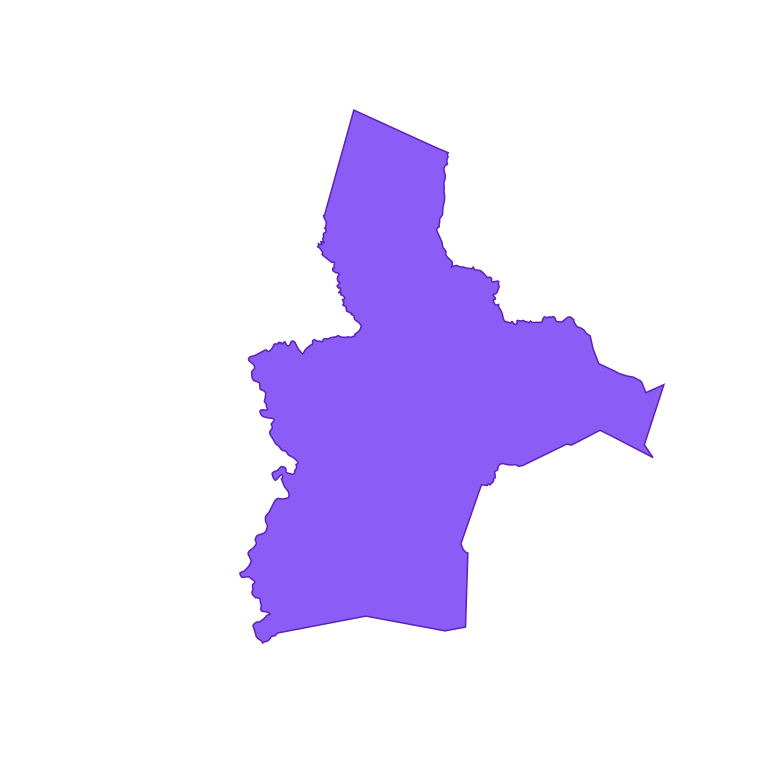 Esquias, Comayagua, Honduras, rotated 149°
{"feature_id": "27666195B47131670478697", "entity_name": "Esquias", "entity_type": "district", "adm_level": 2, "iso_a3": "HND", "parent_name": "Honduras", "parent_adm1": "Comayagua", "projection": "natural_earth1", "projection_center": [-87.395, 14.652], "detail": "fine", "context": "isolated", "style": "filled", "palette": "violet", "viewbox_px": 768, "rotation_deg": 149, "n_neighbors": 0, "source": "geoboundaries", "source_scale": "gbopen_adm2", "svg_char_len": 6171}
<svg xmlns="http://www.w3.org/2000/svg" viewBox="0 0 768 768"><g transform="rotate(149 384 384)"><path d="M268.8,634.3L348.3,559.1L349.1,559.5L349.8,557.0L349.9,553.3L350.6,551.5L353.4,548.3L354.7,548.2L354.7,547.8L354.2,546.5L355.9,543.8L357.6,544.3L358.4,544.1L358.9,543.5L360.2,540.9L361.5,540.4L362.4,538.1L362.5,536.1L362.8,536.1L364.2,538.3L364.7,538.5L365.3,537.8L365.3,535.4L367.0,536.4L368.0,538.0L368.6,536.5L370.1,535.9L370.0,535.1L369.2,534.2L368.7,528.0L370.2,527.3L370.3,526.4L366.3,515.4L365.8,514.9L364.0,514.5L363.9,514.0L364.4,512.8L366.0,511.1L366.8,509.3L368.4,509.5L369.5,507.4L368.1,504.4L366.1,502.7L365.9,501.2L368.1,500.1L369.9,498.2L370.7,495.3L369.7,494.0L369.7,493.4L373.8,492.2L373.7,489.7L372.2,489.2L372.1,488.9L372.8,487.0L375.8,485.6L375.5,485.2L373.8,484.7L375.0,482.7L373.8,481.0L373.0,478.4L374.4,477.3L376.2,477.7L376.5,476.5L376.2,474.6L378.6,472.9L377.2,470.4L377.0,469.5L377.1,468.6L377.7,468.0L378.4,465.6L376.4,462.6L375.4,461.6L375.4,461.1L375.9,461.0L376.2,460.5L374.7,458.1L374.9,457.1L375.6,456.0L375.8,453.8L373.7,449.0L373.6,445.5L375.5,443.7L378.5,442.1L383.2,441.8L384.6,440.1L386.6,441.0L387.7,440.7L390.6,442.9L393.5,444.1L395.4,445.3L397.2,447.2L398.3,449.1L400.7,449.2L406.0,451.2L408.4,451.3L410.9,453.1L412.1,453.5L413.2,453.4L414.2,452.3L415.2,452.0L417.1,454.0L419.2,455.0L420.6,457.8L422.1,458.1L423.0,457.6L425.1,454.7L427.0,455.2L431.9,454.5L434.3,453.7L437.3,451.9L438.1,451.7L438.7,452.4L438.8,454.8L439.5,457.7L438.9,465.5L439.4,467.0L440.5,468.2L441.5,468.2L444.8,466.0L446.4,465.8L447.1,466.5L447.4,467.7L447.2,471.3L448.8,471.3L450.7,470.7L451.0,471.3L450.9,472.4L453.0,474.0L453.3,473.9L453.4,473.2L454.1,473.0L455.7,473.6L456.1,474.3L457.9,474.6L459.8,473.2L462.6,471.7L465.7,471.3L467.0,471.8L467.3,473.8L468.1,474.3L479.4,474.9L481.5,475.3L484.5,476.3L486.0,476.1L487.1,475.4L487.6,474.5L487.7,473.3L485.9,468.1L485.8,466.7L486.2,465.3L486.6,464.4L487.4,463.8L490.3,463.1L491.2,462.5L493.2,459.0L494.0,456.4L494.0,454.7L493.5,453.5L490.3,449.7L490.3,448.7L492.8,443.5L492.5,442.7L490.5,440.0L489.9,437.3L493.3,432.9L495.6,430.6L495.6,429.3L495.1,427.3L495.7,426.9L496.3,425.7L496.7,422.6L497.5,422.2L498.5,422.3L501.4,424.5L503.0,425.1L504.4,424.6L505.0,422.8L505.1,420.3L504.4,418.4L501.9,415.6L497.2,411.8L496.6,410.7L496.5,409.7L497.3,409.1L501.3,407.8L501.6,407.0L501.7,405.5L502.3,403.9L506.3,402.1L507.2,400.9L507.6,399.1L507.5,393.6L507.7,389.1L507.2,387.2L506.3,385.1L505.8,380.8L505.2,379.3L502.8,377.0L502.5,372.4L499.5,367.5L498.0,362.3L498.1,360.9L498.9,360.2L500.8,360.4L502.0,357.1L505.2,355.8L506.0,354.1L508.1,353.3L509.5,354.2L513.1,358.0L513.3,359.4L512.0,361.3L511.7,362.6L512.2,364.1L513.8,365.6L514.6,366.0L515.6,366.1L519.9,364.7L523.5,365.5L525.7,365.1L526.5,363.9L527.1,361.0L527.2,358.6L526.8,357.5L525.6,357.3L519.8,359.1L518.6,359.0L518.0,358.3L518.7,356.5L519.6,355.8L520.7,355.8L520.9,355.0L522.2,347.0L521.6,342.0L521.6,340.2L522.2,338.4L523.6,336.4L524.4,336.0L525.4,336.0L529.7,337.3L533.6,340.5L535.9,340.6L537.8,340.1L547.7,333.8L549.8,332.8L552.5,332.1L553.9,331.2L554.9,329.9L556.2,327.4L556.7,323.4L557.1,322.3L558.4,320.8L560.7,318.9L562.4,318.2L564.1,318.0L569.7,319.3L571.8,319.2L574.5,317.1L575.3,313.5L576.0,312.5L580.0,310.9L585.4,310.3L587.2,309.4L588.1,308.2L588.7,301.4L589.6,300.2L591.7,298.6L594.1,297.3L599.1,295.9L600.6,295.7L604.3,296.3L605.0,296.1L605.6,293.7L605.5,291.7L604.7,291.0L599.2,288.5L596.6,281.7L596.7,280.9L597.2,280.3L599.7,279.8L600.3,279.4L602.3,275.2L604.6,273.4L605.2,271.3L604.2,266.9L601.8,265.4L600.9,263.6L602.4,260.6L603.1,257.5L605.6,254.5L606.0,252.8L605.3,251.7L603.1,250.0L601.5,248.3L600.3,246.7L600.1,245.4L600.6,245.2L602.2,245.8L604.1,246.0L605.5,245.1L606.7,245.0L608.6,244.5L613.0,244.2L616.2,245.6L619.3,245.2L620.8,244.4L622.7,236.1L623.6,233.5L622.9,230.1L621.2,226.5L621.4,224.5L618.7,224.5L617.4,223.8L615.0,223.7L613.4,224.2L610.8,225.6L606.9,224.4L604.7,225.1L602.7,225.1L519.1,194.4L458.9,141.0L439.3,133.7L399.2,195.9L400.7,198.0L401.1,199.6L401.2,202.8L400.3,207.5L352.3,247.5L347.8,243.8L347.3,243.9L346.2,244.8L345.0,243.0L341.3,243.9L339.9,244.7L338.8,246.4L336.9,246.4L335.6,248.8L334.5,251.8L330.8,251.9L328.6,254.6L327.5,254.9L326.6,255.5L325.7,255.5L322.9,254.5L320.2,251.7L317.9,249.8L313.0,247.2L312.1,246.3L311.1,244.0L308.5,243.4L307.4,242.7L258.4,238.4L254.8,235.1L222.7,233.1L217.3,224.8L191.3,182.4L192.2,197.8L144.4,239.3L164.0,241.7L162.3,252.1L162.3,253.7L162.7,254.8L166.7,261.4L171.9,266.0L177.6,272.6L179.0,275.3L189.4,290.8L186.8,306.1L182.5,319.1L184.5,323.3L184.7,326.7L185.5,328.8L186.7,331.0L189.1,333.7L189.2,339.1L188.2,341.6L189.6,345.3L190.7,346.1L191.9,346.6L199.6,345.6L204.1,348.8L203.5,352.9L203.7,353.9L204.2,354.5L206.5,355.2L207.4,356.3L210.1,356.9L211.2,358.4L212.1,358.8L213.4,358.6L217.0,355.6L225.3,360.5L226.1,362.5L227.9,361.9L231.5,365.7L231.5,366.3L231.7,366.7L234.1,367.4L236.7,369.7L237.6,369.6L238.3,368.0L239.2,367.1L240.8,367.5L241.8,369.1L241.7,370.7L242.0,371.4L242.4,371.7L244.5,371.1L245.5,372.8L248.1,375.2L248.3,378.2L247.0,381.5L246.0,385.9L246.0,391.2L244.8,393.2L246.8,393.6L248.0,394.6L247.5,399.5L246.7,399.9L245.1,399.3L244.5,399.6L244.3,400.3L244.7,404.0L244.5,404.4L243.9,404.5L242.1,403.8L240.6,404.0L239.4,404.7L235.4,407.8L234.8,409.1L234.5,411.0L233.2,412.2L232.9,413.0L233.9,413.9L238.0,415.4L238.7,415.9L238.8,416.7L237.5,418.8L237.6,420.0L238.3,421.1L240.6,422.0L241.6,427.7L242.8,431.2L243.4,432.1L247.2,435.0L247.5,436.3L247.2,438.1L248.0,438.2L249.2,437.7L250.0,437.8L250.9,438.9L253.9,441.1L255.9,443.7L256.8,443.9L258.0,444.8L260.9,448.4L263.5,449.3L265.7,449.5L263.4,451.9L262.7,453.6L264.3,460.3L264.6,462.8L264.0,463.5L262.7,465.7L262.7,467.6L263.2,470.9L261.3,475.5L259.9,486.9L259.4,488.9L258.8,489.8L257.5,490.3L255.7,490.3L255.2,491.1L254.8,492.2L253.3,493.6L251.3,496.8L246.6,499.0L242.6,504.9L237.6,510.2L235.3,513.7L233.2,518.5L231.1,521.4L229.1,525.5L225.6,528.9L224.2,530.7L222.7,535.7L221.7,537.8L218.8,539.8L218.2,539.9L217.3,539.5L216.4,539.8L216.0,540.3L215.9,541.6L214.9,543.3L214.0,544.4L212.1,545.7L211.5,548.2L209.8,549.1L217.3,559.3L268.8,634.3Z" fill="#8b5cf6" stroke="#5b21b6" stroke-width="1.5"/></g></svg>